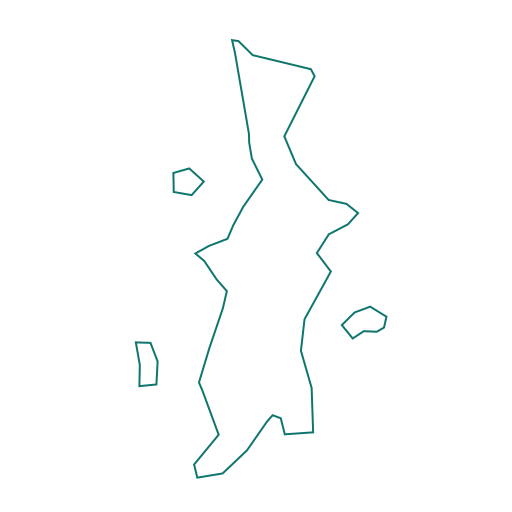 St. Thomas, United States Virgin Islands, United States of America (Mercator projection), rotated 86°
{"feature_id": "52423323B95364314409049", "entity_name": "St. Thomas", "entity_type": "district", "adm_level": 2, "iso_a3": "USA", "parent_name": "United States of America", "parent_adm1": "United States Virgin Islands", "projection": "mercator", "projection_center": [-64.939, 18.341], "detail": "fine", "context": "isolated", "style": "outline", "palette": "teal", "viewbox_px": 512, "rotation_deg": 86, "n_neighbors": 0, "source": "geoboundaries", "source_scale": "gbopen_adm2", "svg_char_len": 966}
<svg xmlns="http://www.w3.org/2000/svg" viewBox="0 0 512 512"><g transform="rotate(86 256 256)"><path d="M435.9,211.3L391.6,209.7L353.6,217.8L322.5,212.0L276.7,182.4L257.3,195.1L239.4,181.8L230.8,162.1L220.3,151.2L210.3,162.1L205.2,179.6L167.1,209.7L138.6,219.4L80.8,185.0L73.5,188.2L55.4,245.3L40.4,258.5L39.0,264.8L52.0,262.8L133.8,254.5L142.4,254.9L158.6,253.3L180.2,244.4L205.9,265.2L223.7,276.5L236.8,283.2L242.7,302.4L249.3,316.3L257.3,308.0L276.8,296.8L289.0,287.5L306.1,292.8L345.0,309.1L378.2,321.7L386.7,318.8L431.7,305.7L459.7,332.3L473.0,330.0L470.6,304.5L449.3,278.6L422.0,256.6L416.0,250.5L419.6,242.6L435.9,239.7L435.9,211.3ZM314.5,145.6L319.2,161.6L330.9,175.2L345.0,165.3L338.5,153.7L340.0,140.8L336.3,133.3L325.7,130.1L314.5,145.6ZM335.3,367.3L333.8,381.9L356.7,379.5L377.7,381.4L377.2,364.3L354.3,361.5L335.3,367.3ZM164.0,316.5L167.4,332.6L186.4,333.6L190.8,316.0L178.1,302.9L164.0,316.5Z" fill="none" stroke="#0f766e" stroke-width="2"/></g></svg>